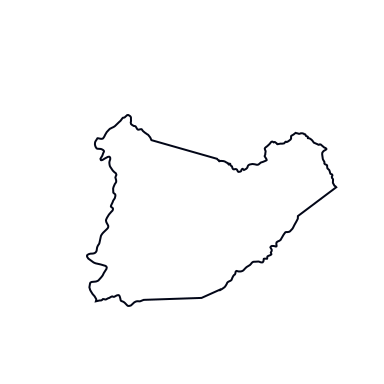 outline of Potrerillos, El Paraíso, Honduras, rotated 60°
{"feature_id": "27666195B65676299493653", "entity_name": "Potrerillos", "entity_type": "district", "adm_level": 2, "iso_a3": "HND", "parent_name": "Honduras", "parent_adm1": "El Paraíso", "projection": "robinson", "projection_center": [-86.765, 14.057], "detail": "fine", "context": "isolated", "style": "outline", "palette": "ink", "viewbox_px": 384, "rotation_deg": 60, "n_neighbors": 0, "source": "geoboundaries", "source_scale": "gbopen_adm2", "svg_char_len": 6032}
<svg xmlns="http://www.w3.org/2000/svg" viewBox="0 0 384 384"><g transform="rotate(60 192 192)"><path d="M238.6,329.9L239.7,326.4L240.5,324.8L240.5,323.7L240.2,322.8L240.3,322.5L240.8,321.8L241.7,320.9L242.0,320.3L242.1,317.7L242.4,316.4L242.3,315.1L242.4,313.8L242.6,313.2L243.4,312.6L243.8,311.9L243.9,311.4L243.9,310.1L244.0,308.7L244.3,307.7L244.6,307.2L245.2,306.8L246.2,306.8L248.3,307.3L250.1,307.9L250.5,307.9L251.1,307.7L252.0,306.9L253.2,306.1L254.5,305.6L257.8,304.8L258.6,304.4L259.1,303.7L259.5,302.6L259.7,301.5L258.7,297.1L258.8,295.4L259.0,294.6L259.4,293.7L260.6,291.9L260.8,291.0L261.1,288.9L261.3,287.7L288.5,236.7L290.5,217.0L290.8,217.3L291.0,216.9L291.0,214.4L290.8,212.2L290.6,211.0L290.2,210.1L289.2,208.2L288.3,207.0L288.0,206.3L287.9,205.2L288.1,202.9L287.9,201.8L287.5,201.2L286.5,200.0L285.4,198.3L284.9,197.0L284.9,196.2L284.7,195.8L284.0,195.0L283.0,194.2L282.7,193.7L282.6,193.3L282.7,192.8L284.1,191.4L284.9,190.1L285.4,188.8L285.6,187.6L285.5,186.5L284.8,184.3L284.3,182.3L284.2,178.3L283.8,177.0L283.2,175.5L283.1,174.7L283.1,173.9L283.4,173.2L284.2,171.7L285.4,169.3L285.8,168.8L287.4,167.5L288.0,166.6L288.2,166.0L288.0,165.4L287.7,164.8L286.8,164.0L286.0,163.5L285.8,163.2L285.9,162.7L287.3,160.4L287.0,160.0L285.8,159.2L285.5,158.7L285.5,157.9L285.8,156.0L285.8,155.0L285.7,154.5L285.4,154.3L284.0,154.1L283.5,153.5L283.0,152.6L282.2,152.0L281.6,151.8L279.2,151.8L279.0,151.6L278.7,151.1L278.6,150.3L278.7,149.7L279.8,148.0L281.2,146.6L281.3,146.1L281.1,145.8L280.8,145.6L279.5,145.1L278.6,144.6L277.9,143.9L277.7,142.7L277.9,140.8L277.8,139.3L274.8,134.1L273.6,131.4L273.7,130.6L274.6,129.0L275.1,127.4L275.0,126.6L274.0,123.3L273.3,122.1L271.7,119.7L269.7,116.3L268.3,114.1L268.0,113.7L265.8,112.3L260.0,64.7L259.0,64.9L257.6,65.5L254.5,65.4L251.7,63.6L250.8,63.5L249.7,63.7L249.0,63.4L248.5,63.1L248.0,62.2L247.1,61.9L246.7,62.0L246.0,62.6L245.3,63.0L242.4,62.3L241.5,62.2L239.3,62.9L237.6,62.3L236.5,61.7L235.7,62.0L234.5,62.9L233.8,63.1L233.2,63.0L232.6,62.5L232.2,62.3L229.6,62.3L228.8,62.2L224.6,60.5L223.3,59.7L222.8,58.9L222.3,57.5L222.3,55.1L222.2,54.4L222.0,54.1L221.5,54.1L220.6,54.4L219.8,55.1L219.1,55.4L215.2,56.8L214.6,57.6L214.5,58.0L214.6,58.4L214.3,58.9L213.3,59.5L210.2,61.8L207.4,62.1L205.9,62.6L204.3,63.4L203.3,64.7L203.0,64.6L202.6,64.3L202.1,64.1L201.6,64.3L200.6,65.2L198.8,65.1L198.2,65.9L197.5,66.0L196.5,66.9L195.6,68.3L195.4,69.7L195.0,70.4L194.6,70.8L194.1,71.1L193.8,71.6L192.6,72.7L193.0,75.4L193.0,77.9L193.3,78.3L193.7,78.6L195.3,79.5L195.6,80.0L195.9,80.7L196.2,83.2L196.2,84.3L196.0,85.1L195.4,85.5L195.3,85.9L195.5,86.7L195.8,87.4L195.9,88.0L195.3,89.6L194.4,91.1L193.4,94.0L193.1,94.3L192.4,94.3L191.6,94.6L190.1,95.3L189.9,95.9L189.9,96.4L188.8,97.0L188.4,97.4L188.3,97.9L188.3,98.5L189.2,100.8L189.9,103.8L190.2,106.1L190.4,106.7L190.7,107.2L191.7,107.6L193.3,107.8L193.7,108.0L195.5,109.4L196.3,109.9L196.8,110.7L197.4,111.2L200.4,111.1L201.3,111.2L201.7,111.4L201.8,111.9L201.7,113.0L201.4,115.4L200.9,117.7L201.4,120.4L201.3,121.4L200.8,122.3L199.3,123.9L198.0,125.6L197.4,127.2L197.0,128.5L197.0,129.5L197.2,130.2L197.6,130.9L198.5,131.8L198.8,132.6L199.0,133.3L199.0,134.8L198.9,136.0L197.3,136.5L197.2,136.7L197.2,137.2L197.4,137.8L197.8,138.4L198.3,138.8L198.5,139.3L198.5,139.8L198.3,140.6L197.8,141.7L197.2,142.0L195.3,141.9L194.6,142.1L194.2,142.5L193.8,143.0L193.6,143.5L193.5,144.1L193.3,144.4L193.0,144.8L192.5,145.0L191.4,145.0L189.8,144.6L188.8,145.1L187.8,145.3L187.5,145.2L187.1,144.9L186.7,144.9L186.4,145.1L186.2,145.5L186.3,145.8L186.5,146.1L186.5,146.4L185.6,146.6L184.6,146.6L184.0,147.3L182.7,147.9L181.8,148.5L180.9,149.4L180.0,150.7L179.3,151.9L179.1,152.7L179.0,153.0L178.7,153.1L178.4,152.8L178.1,152.8L177.1,153.5L176.3,153.7L175.8,153.7L126.9,201.1L126.7,201.2L123.9,200.9L120.5,201.4L119.5,202.0L117.9,202.7L116.9,203.2L115.7,203.6L114.7,204.0L112.6,204.2L112.3,204.4L112.1,204.8L111.8,205.5L111.4,206.9L111.1,207.5L110.8,207.7L110.0,208.0L107.8,208.0L106.9,208.1L106.2,208.7L105.7,209.4L104.1,210.3L102.8,210.8L101.3,210.4L99.9,209.2L99.2,208.9L97.1,207.7L96.2,207.5L95.5,207.6L93.7,208.5L93.3,208.9L93.1,209.4L93.0,209.9L93.2,210.3L93.4,211.8L93.7,212.8L93.6,213.7L93.2,214.5L93.2,215.0L93.5,215.8L94.6,218.3L95.0,220.2L96.4,225.8L96.5,227.4L96.3,229.8L96.3,230.8L96.2,231.5L96.5,232.7L97.5,235.9L99.1,238.7L100.2,240.3L101.1,242.2L101.0,243.1L100.5,244.2L98.4,246.6L98.2,247.0L100.0,250.5L100.9,251.4L102.1,252.2L103.5,252.7L104.8,252.9L106.5,252.8L107.0,252.5L107.5,251.9L108.8,249.9L109.7,248.9L111.2,248.0L111.9,247.8L112.6,247.8L113.1,248.2L114.0,249.5L115.7,251.5L117.4,254.6L117.9,254.8L118.5,254.9L118.9,254.9L119.1,254.7L119.4,253.9L119.5,252.6L119.4,251.1L119.5,247.5L119.9,246.3L120.1,246.0L120.4,245.8L121.3,245.7L122.2,246.1L122.8,246.5L124.2,248.1L125.4,249.0L127.3,249.8L128.3,250.1L129.2,250.2L133.8,249.9L136.0,249.3L137.7,248.6L138.4,248.7L139.3,248.9L139.6,249.2L140.2,250.1L141.1,251.1L143.8,251.8L144.7,252.2L145.4,252.7L145.8,253.3L146.6,255.0L148.4,257.4L149.6,258.6L153.1,260.4L153.6,260.4L155.2,259.8L155.7,259.7L156.6,260.0L157.3,260.5L158.8,262.0L160.1,264.6L161.2,265.9L163.2,268.8L163.8,269.4L164.3,269.5L166.3,268.7L167.0,268.8L167.6,269.2L168.1,269.8L168.4,270.3L168.8,271.8L170.0,275.2L171.8,278.5L172.8,279.9L173.4,280.6L174.1,280.9L175.5,281.3L179.2,281.4L180.1,281.8L180.7,282.3L181.1,282.9L181.5,284.0L182.8,289.2L183.3,290.6L184.1,292.2L184.5,292.8L189.9,297.7L190.6,298.6L191.2,300.0L192.0,301.2L192.8,302.1L195.2,304.0L195.9,305.1L196.2,306.2L196.1,307.6L195.7,308.7L194.6,310.9L194.4,311.6L194.2,312.5L194.2,314.0L194.4,314.5L194.7,314.8L195.3,315.1L195.9,315.2L197.8,315.1L203.7,312.5L204.6,311.9L205.6,311.1L209.1,307.3L212.7,303.9L213.6,303.5L214.6,303.5L215.2,304.0L215.8,304.5L218.1,308.9L219.6,311.1L220.5,313.3L221.8,317.3L221.8,318.4L221.5,320.0L219.9,323.5L219.7,324.1L219.7,325.3L220.2,326.0L223.2,328.5L225.6,329.1L226.2,329.2L228.1,329.2L230.7,329.1L233.6,328.5L236.7,328.5L237.1,328.6L237.6,328.9L238.6,329.9Z" fill="none" stroke="#020617" stroke-width="2"/></g></svg>